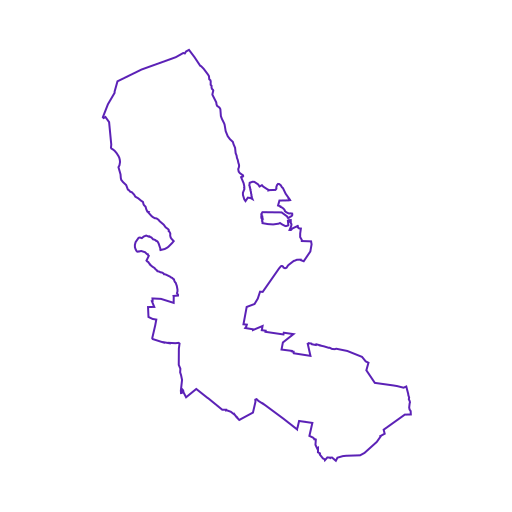 Chalco, México, Mexico, rotated 264°
{"feature_id": "50627088B19428409009484", "entity_name": "Chalco", "entity_type": "district", "adm_level": 2, "iso_a3": "MEX", "parent_name": "Mexico", "parent_adm1": "México", "projection": "robinson", "projection_center": [-98.836, 19.238], "detail": "fine", "context": "isolated", "style": "outline", "palette": "violet", "viewbox_px": 512, "rotation_deg": 264, "n_neighbors": 0, "source": "geoboundaries", "source_scale": "gbopen_adm2", "svg_char_len": 6090}
<svg xmlns="http://www.w3.org/2000/svg" viewBox="0 0 512 512"><g transform="rotate(264 256 256)"><path d="M247.2,300.1L245.8,302.9L254.8,310.5L261.8,312.5L264.8,312.3L266.1,303.1L267.2,303.2L270.2,301.9L273.8,302.3L278.6,303.5L278.9,301.8L279.9,300.8L281.1,300.7L280.9,300.3L281.4,300.2L279.5,294.9L278.4,293.8L278.2,293.3L278.4,292.1L282.2,294.2L283.9,294.6L285.1,294.1L288.1,294.3L288.0,292.6L287.2,293.0L286.5,292.6L286.5,291.7L288.0,291.9L287.8,291.4L283.4,291.4L283.1,291.3L282.6,289.1L282.7,288.4L282.9,288.0L284.5,285.5L286.3,283.3L285.8,281.9L285.6,276.4L286.5,271.1L288.0,265.9L289.5,266.0L290.1,265.7L290.3,266.0L291.4,265.9L291.7,266.2L292.3,265.8L292.6,265.9L292.6,266.2L292.9,266.0L293.3,266.4L293.6,266.4L293.3,266.0L293.3,265.4L294.4,265.3L295.6,265.9L295.6,265.6L296.6,265.6L297.2,265.7L298.9,267.0L296.7,286.0L292.0,291.2L290.8,291.5L290.4,291.9L291.0,293.6L291.5,294.1L291.8,295.2L292.5,296.1L293.1,296.4L294.4,296.4L294.8,294.8L294.8,293.3L295.6,291.8L296.8,290.2L297.7,289.4L298.4,289.4L299.8,288.6L301.0,287.5L301.9,286.3L302.2,285.5L302.8,285.5L303.9,283.2L308.7,285.1L307.9,294.2L308.0,295.6L309.3,294.8L309.3,295.1L314.8,292.0L320.7,289.9L321.6,289.0L323.8,288.0L325.2,286.5L325.4,285.4L324.3,284.3L322.4,283.4L320.8,283.3L319.7,282.2L320.1,276.6L319.9,275.2L320.5,275.3L321.3,274.1L324.3,270.4L325.8,269.3L324.7,266.8L327.0,265.6L329.9,262.1L330.2,260.4L329.5,257.4L326.8,256.7L325.9,257.1L325.0,257.0L324.6,257.2L322.7,257.3L322.6,257.5L321.5,257.4L320.1,257.7L319.0,257.6L317.4,257.9L316.1,257.7L315.7,258.0L314.8,257.9L313.0,258.4L314.2,256.7L314.9,254.0L311.7,251.3L313.5,250.3L318.0,249.4L320.3,249.6L323.9,251.5L325.2,251.3L325.5,251.6L326.8,251.6L329.7,251.3L336.0,249.4L336.3,250.1L336.3,251.1L336.8,251.6L337.6,251.5L340.1,248.6L341.7,247.6L344.3,247.4L345.9,248.2L347.3,248.6L348.7,248.6L350.5,248.2L353.4,247.9L355.6,247.3L357.8,247.2L360.4,246.5L365.8,246.5L369.3,245.4L371.9,244.9L374.9,242.3L378.1,240.4L383.3,238.9L389.8,238.5L391.2,238.2L396.0,236.4L398.8,235.7L405.5,235.9L406.4,235.7L407.6,235.0L409.4,233.0L410.8,232.6L413.0,232.5L420.7,229.6L421.3,229.5L425.0,230.8L425.7,230.6L426.9,229.6L428.4,229.4L429.9,229.6L431.0,228.8L434.5,229.2L435.6,229.0L436.6,228.0L439.8,228.0L441.5,227.2L447.7,223.5L450.6,221.2L451.0,220.4L460.2,215.6L468.0,210.9L466.7,207.8L464.9,206.4L465.5,204.9L462.1,197.0L453.4,161.6L444.2,136.5L434.4,132.6L433.0,132.4L422.4,124.6L410.0,118.2L409.1,118.9L410.0,120.8L404.5,123.9L381.9,123.7L378.9,123.1L378.0,123.4L376.8,125.0L375.4,126.4L372.9,128.1L369.7,129.7L368.0,130.3L365.8,130.6L363.7,130.6L360.5,129.7L358.7,128.5L351.3,129.8L347.7,129.7L345.9,129.9L343.5,131.4L340.1,134.3L335.5,135.5L334.6,136.6L333.0,137.7L332.5,139.1L329.8,141.2L327.6,142.2L325.7,144.9L323.0,147.5L321.6,149.2L319.0,149.6L318.2,150.0L316.6,151.3L313.8,151.8L311.5,152.6L311.0,153.9L310.5,153.5L306.9,156.1L305.6,157.3L304.9,158.3L304.2,159.2L303.9,160.6L303.4,161.5L302.0,163.0L300.8,163.7L296.8,167.5L294.0,169.1L292.0,171.3L291.2,171.9L289.9,171.8L289.8,172.1L288.0,172.9L287.3,173.1L285.2,172.8L283.2,173.1L281.9,173.8L279.4,175.7L277.8,174.1L274.3,169.8L273.6,168.6L272.5,166.0L271.9,161.6L272.3,161.5L272.6,161.8L278.5,160.5L280.3,159.8L281.1,159.2L281.3,158.4L282.2,157.8L283.0,156.4L283.3,155.4L285.4,153.9L286.3,152.0L286.7,152.0L286.8,151.3L286.6,151.1L287.8,148.9L287.1,146.4L285.7,144.3L286.5,142.5L286.5,141.7L286.2,141.0L282.4,137.7L279.7,136.7L277.3,136.5L275.2,137.0L273.5,137.7L272.7,138.4L272.6,139.1L272.9,140.1L272.7,140.4L273.0,142.3L271.4,146.0L269.4,147.7L269.0,148.6L268.6,148.5L267.4,149.4L262.9,146.6L262.0,147.2L261.2,148.3L260.6,148.5L259.2,149.5L258.6,149.5L258.3,150.1L257.7,150.4L256.1,152.0L254.7,153.8L253.4,154.6L251.9,156.1L251.2,156.3L250.6,158.1L249.7,159.4L249.7,159.8L249.2,161.1L248.3,162.2L247.5,162.6L247.5,163.0L246.9,164.5L244.3,168.6L243.6,169.2L242.9,170.5L242.2,170.9L241.3,172.0L240.1,172.1L238.5,172.7L237.8,173.3L234.6,174.1L230.8,174.4L229.0,174.2L227.3,173.5L225.6,174.4L224.8,174.3L224.9,169.8L223.9,169.9L218.0,169.2L223.3,157.0L224.6,148.6L222.1,148.5L222.0,147.7L216.0,149.5L216.5,143.3L211.8,143.0L206.6,142.7L204.2,146.6L203.2,150.2L197.5,148.5L185.1,144.2L184.2,144.6L180.8,152.3L179.6,155.2L179.9,155.2L178.3,160.7L178.7,160.6L177.7,166.7L177.7,170.0L176.9,170.8L171.9,169.6L155.8,167.8L151.8,169.0L148.2,168.4L145.4,169.0L140.5,169.5L130.0,167.2L127.5,167.1L127.5,167.8L130.5,169.1L129.9,169.5L127.9,169.7L122.8,171.7L130.0,182.7L119.7,193.2L119.6,193.5L106.6,206.4L106.2,210.2L105.5,210.1L105.5,211.0L103.7,214.7L100.6,217.9L100.8,218.0L98.1,219.6L98.2,219.8L97.6,220.3L97.4,220.1L94.7,222.2L100.6,236.6L111.0,240.2L113.2,240.3L113.6,241.6L111.6,243.3L107.7,248.2L107.9,248.2L91.3,266.3L79.3,278.7L80.1,278.8L80.8,279.3L87.4,281.6L84.1,294.6L71.5,290.3L69.5,293.6L68.2,294.8L68.8,295.2L67.6,294.9L67.2,296.3L62.0,295.4L58.2,296.7L58.7,297.6L54.3,297.1L53.0,299.0L51.9,298.7L47.7,301.4L46.7,303.0L45.7,303.2L48.2,305.9L47.8,308.2L47.3,308.7L47.7,309.2L47.6,310.6L44.0,314.0L46.9,315.9L47.9,321.4L47.9,324.7L46.9,338.7L48.8,343.3L58.5,356.7L63.4,361.0L63.9,360.8L65.8,365.4L69.9,364.8L82.7,387.4L82.2,393.4L85.6,393.6L87.2,392.7L89.3,392.5L93.4,393.4L94.2,393.8L95.6,393.7L97.6,393.0L99.2,393.5L102.0,392.9L102.7,393.0L110.5,391.8L109.6,389.0L111.9,382.7L112.9,379.1L117.4,360.9L130.8,353.8L138.1,356.7L139.7,354.1L144.6,350.9L152.0,336.9L155.4,326.1L155.1,324.7L155.6,321.9L157.1,319.6L157.1,318.7L159.1,314.0L160.3,310.3L160.5,310.4L161.9,306.7L161.2,306.3L162.4,302.3L163.1,302.0L163.8,299.2L163.1,298.9L163.1,298.3L151.0,299.7L155.3,283.4L155.8,283.2L156.9,283.4L157.4,281.6L157.9,281.7L160.3,271.6L167.2,273.7L174.4,285.1L176.8,275.6L175.1,275.1L179.6,257.5L180.7,257.8L181.6,254.0L185.7,255.2L182.7,245.3L183.4,245.4L185.5,237.8L186.8,238.9L188.7,239.7L189.4,236.4L206.3,241.4L208.4,249.5L213.4,253.3L220.1,256.3L219.6,258.9L241.2,277.6L243.2,279.7L243.4,280.4L243.2,281.2L242.6,281.8L241.7,282.1L241.0,283.0L240.8,284.1L241.2,285.2L243.2,286.8L244.0,287.9L247.2,293.1L247.2,293.7L248.0,296.3L247.7,300.1L247.2,300.1Z" fill="none" stroke="#5b21b6" stroke-width="2"/></g></svg>